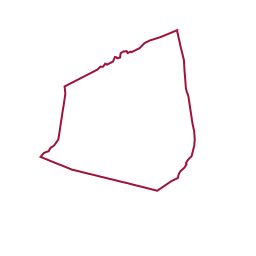 the district of San Antonino Monte Verde, Oaxaca, Mexico, rotated 241°
{"feature_id": "50627088B33135949897884", "entity_name": "San Antonino Monte Verde", "entity_type": "district", "adm_level": 2, "iso_a3": "MEX", "parent_name": "Mexico", "parent_adm1": "Oaxaca", "projection": "mercator", "projection_center": [-97.729, 17.523], "detail": "fine", "context": "isolated", "style": "outline", "palette": "rose", "viewbox_px": 256, "rotation_deg": 241, "n_neighbors": 0, "source": "geoboundaries", "source_scale": "gbopen_adm2", "svg_char_len": 2124}
<svg xmlns="http://www.w3.org/2000/svg" viewBox="0 0 256 256"><g transform="rotate(241 128 128)"><path d="M195.1,92.7L191.3,91.1L189.1,90.1L188.3,89.8L183.1,85.8L179.4,83.0L179.2,82.8L178.0,81.9L174.9,79.4L171.8,77.0L171.0,76.4L170.6,76.1L170.4,76.0L170.1,75.8L169.4,75.2L165.2,71.9L161.4,69.0L157.5,66.0L152.7,62.2L151.7,61.5L150.5,59.0L150.2,58.4L148.8,55.4L148.7,55.2L148.6,54.9L148.4,53.9L148.3,52.3L148.2,50.6L146.2,47.2L147.0,42.4L146.4,40.9L145.1,37.5L144.7,37.8L141.3,40.6L138.3,43.0L137.5,43.6L131.6,48.4L130.7,49.1L126.0,53.0L124.5,54.2L118.9,58.7L118.7,58.9L118.3,59.3L113.9,64.1L113.3,64.7L105.6,73.0L105.3,73.4L102.9,76.0L99.5,79.6L99.0,80.1L95.1,84.4L91.4,88.3L91.0,88.9L85.7,94.5L83.1,97.3L82.4,98.1L80.5,100.3L80.3,100.5L79.2,101.6L72.9,108.3L71.0,110.4L67.4,114.2L64.4,117.4L58.9,123.2L59.2,125.5L59.4,128.4L60.5,140.3L60.1,147.4L63.0,149.9L64.8,153.0L66.0,158.2L67.9,161.6L69.1,161.6L70.7,164.2L71.7,166.8L72.4,169.8L74.8,172.1L80.9,177.8L82.2,178.5L85.9,181.0L89.5,182.6L93.1,184.3L101.0,186.7L114.1,191.6L126.5,196.2L128.3,196.6L131.0,196.9L134.7,197.9L142.7,201.6L150.7,205.2L160.2,209.8L166.4,211.5L176.4,214.2L178.6,215.0L182.0,215.9L184.6,216.7L185.8,217.1L187.3,217.4L188.8,218.0L189.7,218.5L191.5,202.5L192.2,198.1L192.9,194.6L194.0,189.6L194.0,188.4L194.2,184.9L194.1,183.1L193.9,182.4L192.9,179.1L192.3,177.1L192.2,176.8L192.5,170.2L192.6,168.7L192.6,167.9L193.5,167.2L193.6,165.9L193.7,164.1L194.2,163.9L195.6,164.2L196.1,163.8L196.4,162.4L197.1,161.4L197.1,159.5L197.0,158.2L196.6,157.5L195.8,156.9L193.5,155.3L193.8,154.3L193.8,153.0L194.5,152.3L195.7,152.0L195.9,151.7L196.4,151.0L195.4,149.6L194.1,148.0L193.4,147.1L193.5,143.6L193.6,140.3L194.7,139.8L195.3,139.2L194.9,138.8L194.3,137.1L193.9,136.5L193.8,136.2L193.7,136.0L193.7,135.8L195.0,133.6L194.4,131.4L194.1,130.3L193.9,129.4L194.0,128.2L194.0,126.2L194.1,123.4L194.1,121.8L194.2,120.5L194.2,120.1L194.3,117.0L194.3,115.0L194.4,113.7L194.5,111.4L194.5,108.8L194.6,107.8L194.6,106.1L194.7,105.6L194.7,104.9L194.7,103.0L194.8,100.7L194.9,98.9L194.9,97.3L195.0,94.0L195.1,92.7Z" fill="none" stroke="#9f1239" stroke-width="2"/></g></svg>